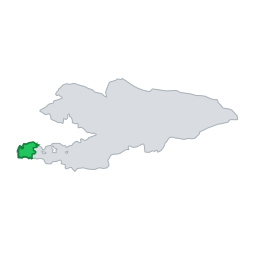 Leilek, Batken, Kyrgyzstan shown in context, rotated 6°
{"feature_id": "92254566B28866404519709", "entity_name": "Leilek", "entity_type": "district", "adm_level": 2, "iso_a3": "KGZ", "parent_name": "Kyrgyzstan", "parent_adm1": "Batken", "projection": "robinson", "projection_center": [69.614, 39.878], "detail": "fine", "context": "in_parent", "style": "filled", "palette": "green", "viewbox_px": 256, "rotation_deg": 6, "n_neighbors": 0, "source": "geoboundaries", "source_scale": "gbopen_adm2", "svg_char_len": 6452}
<svg xmlns="http://www.w3.org/2000/svg" viewBox="0 0 256 256"><g transform="rotate(6 128 128)"><path d="M54.1,151.7L54.8,151.3L56.8,150.9L61.0,150.5L62.4,150.8L65.3,152.4L67.5,152.2L67.9,152.4L68.7,153.8L71.7,151.8L73.9,151.2L75.0,149.2L77.3,146.9L79.4,146.5L79.4,146.9L79.8,147.2L81.8,147.7L82.5,147.1L82.8,146.3L82.0,144.9L82.0,144.3L82.7,143.5L86.0,144.8L86.7,144.8L88.2,144.0L89.5,142.8L90.0,141.7L96.7,138.5L97.1,137.9L97.0,137.5L94.2,136.7L92.9,137.1L91.8,137.1L91.1,136.6L87.6,136.5L86.9,136.1L84.6,133.8L81.8,132.3L80.4,132.4L78.8,133.0L78.3,132.7L78.1,130.5L77.8,129.1L76.8,128.8L75.6,129.3L72.2,128.6L71.7,125.8L70.4,123.4L68.6,122.4L68.5,120.9L67.9,120.3L67.3,120.4L66.6,121.2L67.0,122.8L66.8,124.5L66.3,125.3L65.6,125.9L64.7,125.9L63.1,125.1L62.9,130.0L62.6,130.3L60.7,129.6L59.2,129.9L57.0,129.6L55.3,128.8L52.1,127.9L50.5,127.0L49.6,123.7L48.7,122.5L47.8,122.2L44.4,123.4L40.8,121.3L39.1,120.9L38.6,120.3L38.7,119.5L44.0,115.8L46.1,113.3L47.5,112.2L50.9,111.1L51.6,108.7L51.9,108.5L55.3,107.3L59.2,105.3L59.2,104.7L58.9,104.2L55.4,102.4L53.6,103.2L52.6,102.1L52.6,101.0L53.7,99.1L54.7,98.1L55.1,96.3L56.5,95.1L57.9,93.1L59.6,91.5L62.8,90.3L64.6,90.7L66.3,90.4L68.9,89.5L70.5,89.4L77.3,90.9L79.5,91.0L84.8,92.9L88.9,93.8L90.9,95.7L97.5,96.5L99.3,97.1L100.0,98.0L101.9,99.1L103.5,99.4L102.0,94.9L102.5,92.3L104.5,85.0L105.5,84.0L110.8,81.9L112.0,80.4L115.9,80.4L116.7,80.2L117.1,79.3L129.1,85.6L133.6,87.4L139.9,89.0L145.2,89.6L146.1,89.2L148.1,86.7L149.1,86.6L162.2,87.1L171.5,85.7L172.8,85.8L176.4,87.2L187.4,87.6L191.8,88.5L198.7,88.2L201.6,88.4L206.9,90.2L208.7,90.5L212.1,90.8L213.4,90.5L214.2,90.9L215.0,93.2L218.4,96.0L219.6,97.6L220.9,98.2L227.0,98.6L229.4,99.3L235.3,104.6L236.1,107.8L235.6,108.4L229.6,108.9L228.3,109.3L226.9,111.7L218.9,114.5L217.7,114.5L207.1,119.8L199.8,124.4L199.6,126.5L195.4,131.5L192.1,132.1L189.3,132.0L184.8,133.5L178.9,133.0L176.9,133.1L173.0,132.4L171.5,132.7L169.8,133.7L167.7,137.7L166.8,138.6L166.4,139.5L166.1,141.5L165.3,143.5L163.5,146.6L161.8,148.0L160.3,148.9L159.1,147.0L157.1,148.4L155.2,148.1L154.1,148.5L151.5,150.1L147.6,150.1L147.2,149.5L146.3,145.0L145.6,142.8L145.0,142.4L144.3,142.3L138.9,145.8L136.3,146.5L134.2,146.6L131.5,145.5L130.9,145.8L130.4,146.4L130.2,147.1L131.1,149.1L130.9,149.5L129.6,149.5L127.9,149.9L122.7,154.1L119.3,155.2L116.2,155.6L114.4,156.4L113.4,157.9L111.4,162.3L111.5,163.2L112.3,164.4L113.0,167.0L112.9,167.7L111.2,169.8L109.1,170.5L107.5,170.8L104.2,170.5L102.6,171.0L99.6,172.6L97.1,172.9L92.4,173.0L87.7,172.3L86.2,172.6L82.1,173.5L80.7,175.1L80.0,176.5L79.6,176.7L78.0,175.4L75.9,173.2L74.8,173.2L71.2,175.0L70.6,175.0L69.6,174.3L69.7,171.4L68.5,170.9L66.0,170.7L65.1,170.1L65.4,168.3L65.1,167.6L64.4,167.1L63.1,167.2L60.5,168.7L57.4,169.2L56.4,169.7L55.2,171.7L51.1,172.1L49.8,171.7L47.3,168.0L45.1,167.5L43.0,167.6L40.1,168.5L39.3,167.8L38.6,167.5L37.9,168.2L34.3,168.3L30.6,168.2L28.6,167.8L27.2,167.8L24.5,168.8L21.2,169.0L20.9,165.5L19.9,163.2L20.8,159.4L21.4,158.2L23.9,159.6L24.8,159.4L25.0,158.6L24.6,156.9L25.8,155.1L34.5,152.6L44.1,156.2L45.4,158.6L46.2,158.5L47.6,157.5L47.9,155.4L49.8,154.3L53.9,152.9L54.1,151.7ZM59.1,160.0L59.3,159.7L58.6,157.9L59.5,156.3L57.6,156.0L56.6,155.5L55.5,153.8L55.1,153.8L54.5,154.2L54.2,155.3L54.5,156.5L55.9,157.6L55.3,160.0L58.1,160.3L59.1,160.0ZM49.1,161.7L49.0,161.2L48.4,160.9L44.8,160.3L44.9,160.8L46.3,162.5L47.3,162.6L49.1,161.7ZM70.5,158.6L70.7,157.5L68.5,158.2L68.3,158.7L69.0,159.4L70.0,159.7L70.5,158.6Z" fill="#d9dde1" stroke="#a8b0b8" stroke-width="1"/><path d="M38.2,160.8L36.4,160.2L35.9,157.6L39.4,156.5L39.2,155.1L40.3,155.0L41.0,154.3L40.9,154.3L40.4,154.4L40.2,154.4L39.9,154.4L39.7,154.4L39.3,154.3L39.2,154.3L39.3,154.2L39.1,154.2L39.1,153.9L39.1,153.6L39.0,153.3L38.9,153.5L38.7,153.7L38.7,153.9L38.6,154.0L38.3,153.8L37.8,153.4L37.4,153.1L37.2,152.9L35.8,152.0L35.7,152.0L35.6,151.9L35.3,151.8L35.2,151.8L33.1,152.5L32.9,152.6L32.3,152.7L31.8,152.8L31.5,152.9L31.2,153.0L30.9,153.1L30.7,153.3L30.1,153.7L29.3,154.1L29.0,154.6L28.9,154.7L28.7,154.5L28.2,154.5L27.7,154.6L27.4,154.7L27.3,154.8L26.9,154.9L26.7,154.9L26.4,154.5L26.0,154.6L26.0,155.0L26.0,155.3L25.6,155.5L25.5,156.1L25.5,156.3L25.4,156.6L25.8,157.4L25.9,157.6L25.8,158.2L25.8,158.3L25.9,158.6L26.0,159.0L25.9,159.1L25.8,158.8L25.7,158.8L25.4,158.8L25.2,158.8L25.2,159.0L25.3,159.0L25.4,159.3L25.2,159.4L25.0,159.2L24.9,159.1L24.7,159.3L24.5,159.5L24.4,159.4L24.4,159.0L24.3,158.9L24.2,159.0L23.9,159.3L23.8,159.1L23.9,158.7L24.0,158.6L23.9,158.4L23.9,158.2L23.8,157.9L23.9,157.7L23.7,157.7L23.4,157.5L23.3,157.4L23.2,157.4L23.1,157.5L22.8,157.6L22.7,157.5L22.7,157.4L22.6,157.2L22.4,156.9L22.2,157.0L22.3,157.2L22.3,157.3L22.4,157.5L22.4,157.8L22.4,158.1L22.2,158.1L22.1,158.5L22.0,158.4L22.0,158.5L21.9,158.6L21.7,158.6L21.6,158.9L21.5,159.0L21.4,159.1L21.2,159.4L21.3,159.5L21.5,160.1L21.7,160.3L21.8,160.4L21.8,160.5L21.7,160.5L21.4,160.5L21.3,160.8L21.3,161.1L21.1,161.3L20.9,161.4L21.0,161.5L20.9,161.6L20.7,161.6L20.6,161.8L20.6,162.1L20.8,162.2L20.9,162.4L20.9,162.5L20.9,162.8L21.2,162.8L21.0,163.0L21.0,163.3L21.2,163.6L21.5,163.9L21.6,164.0L21.8,164.2L21.8,164.3L21.9,164.5L22.0,164.7L22.0,164.8L21.9,164.8L21.7,165.0L21.6,165.4L21.7,165.5L21.8,165.7L21.9,165.8L21.9,166.0L21.8,166.3L22.0,166.5L22.1,166.8L22.0,167.1L22.3,167.2L22.5,167.3L22.4,167.3L22.4,167.5L22.4,167.8L22.3,168.0L22.2,168.1L22.2,168.3L22.0,168.5L21.9,168.5L22.1,168.6L22.3,168.7L22.3,168.9L22.5,169.1L22.8,169.0L22.9,168.9L22.9,168.7L23.0,168.5L23.2,168.2L23.3,168.1L23.4,168.3L23.5,168.5L23.8,168.6L24.1,168.8L24.4,168.8L24.6,168.6L24.8,168.7L24.9,168.9L25.0,168.9L25.1,168.7L25.3,168.6L25.5,168.7L25.8,168.5L26.0,168.7L26.3,168.2L26.6,168.3L26.8,168.2L26.8,167.9L26.9,167.7L27.1,167.6L27.3,167.6L27.2,167.5L27.3,167.3L27.5,167.4L27.8,167.3L28.0,167.4L28.1,167.6L28.3,167.6L28.5,167.6L28.8,167.6L28.8,167.4L29.0,167.3L29.1,167.2L29.4,167.2L29.5,167.3L30.0,167.3L30.1,167.5L30.3,167.5L30.5,167.6L30.9,167.6L31.0,167.7L31.1,167.8L31.3,167.9L31.5,168.1L31.8,168.1L31.9,168.3L32.0,168.4L32.2,168.5L32.3,168.5L32.5,168.8L32.8,168.7L33.0,168.5L32.9,168.5L32.9,168.4L33.0,168.2L33.1,167.9L33.2,167.7L33.3,167.7L33.6,167.6L33.7,167.8L33.9,167.9L34.0,168.0L34.4,167.9L34.6,167.9L34.7,168.1L34.8,168.2L35.0,168.2L34.9,168.4L35.1,168.7L35.5,168.5L35.7,168.4L35.8,168.3L35.9,168.2L35.7,167.6L35.5,166.9L35.5,164.1L36.4,163.5L37.8,163.5L38.0,162.9L38.7,162.3L38.7,161.8L38.6,161.0L38.2,160.8Z" fill="#22c55e" stroke="#15803d" stroke-width="1.5"/></g></svg>